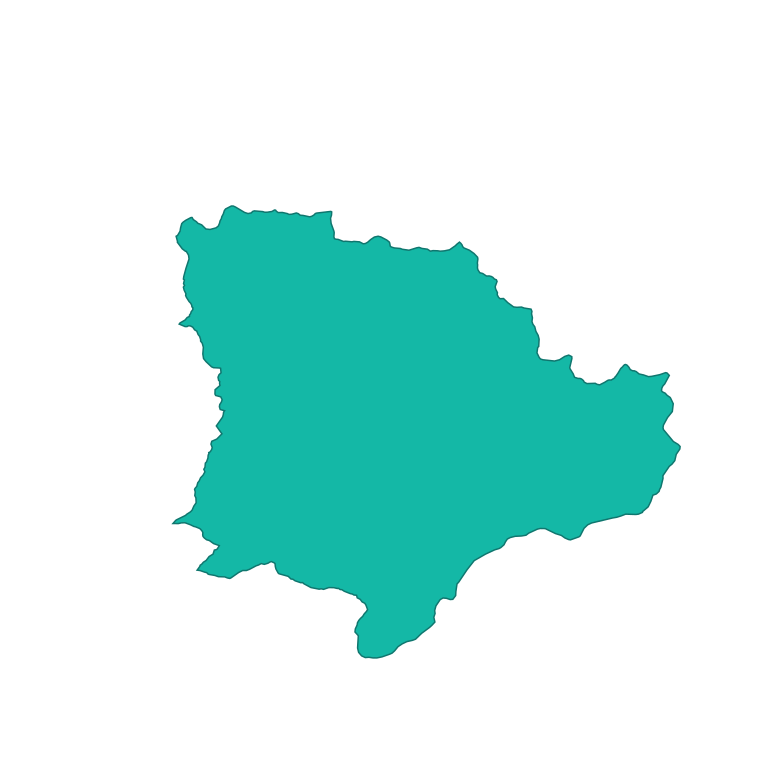 Laya, Gasa, Bhutan (Equal Earth projection), rotated 61°
{"feature_id": "84629894B6989657948479", "entity_name": "Laya", "entity_type": "district", "adm_level": 2, "iso_a3": "BTN", "parent_name": "Bhutan", "parent_adm1": "Gasa", "projection": "equal_earth", "projection_center": [89.7, 28.07], "detail": "fine", "context": "isolated", "style": "filled", "palette": "teal", "viewbox_px": 768, "rotation_deg": 61, "n_neighbors": 0, "source": "geoboundaries", "source_scale": "gbopen_adm2", "svg_char_len": 6170}
<svg xmlns="http://www.w3.org/2000/svg" viewBox="0 0 768 768"><g transform="rotate(61 384 384)"><path d="M456.2,637.7L458.0,635.3L461.8,631.9L463.0,630.5L464.8,630.1L465.7,629.4L469.5,624.7L472.2,622.3L475.5,616.8L477.7,615.0L479.3,613.1L479.4,611.8L478.4,602.5L478.6,598.0L480.4,594.8L480.9,591.4L481.0,584.1L481.5,581.4L481.5,578.5L483.7,576.1L484.5,572.4L484.4,570.0L484.8,568.5L487.4,566.6L488.3,566.4L491.1,567.6L493.5,568.2L498.1,568.2L499.1,567.8L505.8,561.0L509.5,559.9L510.5,558.4L513.0,557.2L517.5,553.1L518.2,551.5L519.9,550.9L526.6,546.6L532.0,540.2L532.7,538.2L534.3,536.4L535.3,530.9L537.9,526.5L540.1,524.1L540.8,522.8L542.5,522.0L543.5,520.5L545.9,519.3L551.0,515.1L552.5,513.4L553.9,512.7L555.5,510.4L558.0,511.1L560.8,509.2L563.9,508.8L566.5,507.1L568.7,507.0L573.3,507.7L574.4,509.6L575.5,512.8L576.9,515.3L577.6,518.2L578.5,520.6L579.9,522.9L581.8,524.4L584.3,527.8L586.8,529.6L591.7,528.5L602.1,535.1L606.4,536.3L610.9,535.4L614.2,533.0L615.7,529.7L618.1,526.6L620.1,523.1L621.7,518.0L623.1,509.9L623.3,507.3L622.5,504.0L620.5,499.0L620.1,494.1L620.4,488.9L622.0,483.4L622.5,480.1L620.3,472.0L619.0,462.2L618.3,459.2L616.9,454.9L612.1,453.5L609.5,450.6L606.7,449.5L603.2,446.1L599.8,439.4L599.8,436.1L601.7,433.3L604.6,430.6L605.7,428.2L603.8,423.9L600.3,421.7L594.3,417.1L593.5,414.7L586.7,401.4L582.2,390.7L582.0,377.7L582.7,367.6L583.7,363.1L583.7,361.1L582.8,357.0L581.0,354.4L579.4,351.3L579.5,348.0L580.8,343.1L583.6,337.4L585.1,333.1L584.6,329.8L585.3,320.2L586.1,317.4L588.6,313.1L598.0,306.5L602.4,302.3L606.4,300.4L609.5,298.0L610.7,296.5L612.2,287.6L612.0,286.1L607.2,279.0L605.9,274.1L606.2,269.8L612.0,249.0L613.4,245.0L614.3,240.7L615.0,235.7L620.2,227.0L621.2,224.5L621.6,220.2L621.0,219.9L619.5,212.5L616.0,207.5L611.6,202.7L612.2,199.1L611.3,195.5L609.8,194.0L608.5,191.9L601.9,185.8L599.4,184.5L594.3,174.4L593.7,170.9L592.0,166.8L587.2,162.5L584.3,156.8L582.2,155.3L579.5,156.0L574.6,158.8L559.3,161.7L557.4,161.1L555.4,159.5L550.8,152.3L547.9,145.2L541.5,140.6L535.2,140.2L534.4,140.3L531.1,141.9L528.4,142.5L525.7,144.4L524.3,144.5L522.2,142.9L520.9,141.0L520.0,138.4L514.8,130.3L511.6,131.1L510.6,132.2L509.5,138.4L507.1,146.1L505.8,149.1L501.9,152.6L498.9,156.0L495.4,157.4L493.9,158.6L492.9,160.2L491.6,161.1L490.8,161.6L487.9,161.7L485.3,162.3L484.1,163.2L483.8,164.1L484.0,165.5L484.6,166.8L485.2,169.4L487.9,174.0L489.6,177.4L489.8,178.4L490.5,179.4L490.7,183.3L489.6,185.2L489.3,186.6L489.5,190.2L489.3,195.8L487.5,197.9L485.8,198.9L482.0,206.3L479.4,208.0L477.7,207.9L475.4,208.8L474.1,209.9L473.2,211.6L470.5,214.1L466.8,213.6L460.9,213.9L459.7,213.6L452.8,207.3L451.1,206.5L448.3,208.4L447.5,212.5L447.9,218.7L446.6,223.7L439.9,233.2L438.0,235.0L436.1,235.4L430.9,235.1L426.6,231.9L426.2,230.5L420.0,226.6L416.2,225.6L411.5,225.6L407.1,224.4L403.9,224.8L401.1,224.3L398.1,222.1L394.1,220.9L392.2,219.4L389.8,219.1L385.5,224.6L383.4,226.4L381.3,230.7L379.4,233.3L372.9,236.3L367.2,238.0L365.7,241.1L363.8,241.8L360.8,241.7L359.1,240.5L355.1,240.3L352.8,239.6L349.1,235.4L347.3,235.2L345.8,236.5L343.5,237.1L342.0,238.0L340.5,239.6L339.3,242.0L335.2,244.1L333.1,246.3L329.6,246.5L327.8,246.0L325.1,244.3L323.6,243.8L320.2,241.3L318.5,240.7L313.5,242.0L308.3,244.5L303.8,248.1L301.9,248.6L300.4,248.3L298.2,248.6L296.5,249.2L297.2,253.3L297.6,254.0L298.4,261.6L296.8,266.7L295.1,270.4L293.5,272.5L291.1,276.5L290.3,279.0L287.1,280.7L283.8,285.1L281.5,287.1L280.7,289.5L279.1,297.3L275.0,302.7L273.4,304.0L270.0,309.0L267.7,311.2L266.5,311.7L263.2,310.6L262.2,310.6L259.4,311.8L253.9,315.4L251.9,317.5L250.8,321.2L251.2,325.6L252.1,329.6L252.1,332.2L251.3,334.2L247.8,336.5L244.7,341.2L244.1,343.1L240.5,348.4L239.7,350.3L235.2,354.1L234.2,355.7L232.9,356.9L231.0,356.5L227.5,354.2L226.0,353.7L217.9,352.4L213.1,350.4L210.8,348.0L208.1,346.3L207.3,346.8L201.9,359.9L201.6,361.4L202.2,363.3L202.3,365.7L201.8,367.9L197.3,373.1L195.8,375.4L193.4,376.4L191.9,377.8L190.8,382.3L189.6,384.9L188.1,385.9L184.8,389.6L182.7,393.5L180.7,394.4L179.4,394.5L178.7,395.5L178.8,398.3L177.2,402.7L176.0,405.0L174.4,406.5L169.7,413.5L169.4,415.3L170.0,417.1L169.0,420.3L166.3,422.8L157.2,428.1L155.2,429.6L154.3,431.3L154.1,437.7L154.9,439.5L157.5,442.3L159.0,444.7L160.6,446.2L161.8,448.2L163.7,450.0L165.5,452.3L166.0,455.2L164.5,461.2L162.1,464.6L156.4,466.3L153.0,469.0L151.3,469.3L147.7,471.1L145.4,471.1L144.9,471.9L144.8,472.7L144.7,478.1L145.1,481.5L145.7,483.2L148.9,486.3L151.5,488.3L154.0,492.6L154.0,494.2L159.2,495.5L159.8,496.0L160.7,495.9L168.0,494.9L171.7,493.3L172.2,492.6L176.5,492.5L180.1,493.9L187.0,501.3L192.8,506.9L195.0,508.6L196.2,508.1L199.1,510.7L201.0,510.6L202.0,512.5L205.1,513.3L209.1,513.5L210.4,514.6L212.4,514.8L217.4,514.5L219.7,513.9L221.9,514.0L223.4,514.6L224.6,514.2L226.3,515.2L227.3,517.6L228.6,518.9L229.5,520.8L230.6,521.4L230.4,523.9L231.6,527.0L231.7,532.8L232.3,534.1L237.4,530.1L238.3,528.4L238.3,526.8L239.3,525.2L241.6,523.7L244.8,523.4L247.0,522.1L250.6,522.6L252.9,522.2L256.1,522.8L257.6,523.6L260.2,523.2L264.3,524.2L269.9,527.9L274.3,529.5L278.2,528.8L285.4,526.5L287.1,525.2L290.2,520.2L291.0,519.3L295.2,521.1L295.9,523.8L297.6,525.9L300.7,526.9L302.1,526.4L303.9,527.6L305.8,528.2L307.1,534.5L310.8,536.7L312.4,536.8L316.1,533.0L319.3,533.2L321.0,535.1L322.3,537.6L324.1,539.0L326.9,539.6L330.1,536.4L330.9,538.0L333.1,539.6L334.7,541.3L339.4,551.0L349.0,549.9L351.1,557.0L350.6,562.4L352.7,564.5L356.2,565.0L357.7,566.4L358.7,568.2L359.2,569.7L359.0,570.5L359.9,570.8L361.0,572.3L363.4,573.9L366.1,577.0L366.6,578.6L370.1,581.0L371.2,582.9L374.0,583.2L376.1,586.6L377.1,589.9L379.1,592.5L380.1,594.8L382.8,597.4L383.7,599.9L384.4,600.8L386.9,601.4L389.9,603.6L392.4,603.7L396.8,605.9L398.6,609.5L401.3,613.0L402.0,615.3L402.3,619.9L402.7,621.2L402.2,631.3L402.3,632.3L403.7,636.2L406.4,631.5L407.2,628.6L408.9,625.3L413.2,621.6L416.5,619.3L417.3,618.3L420.7,615.5L421.9,614.9L424.6,614.4L426.2,614.5L428.0,615.7L429.6,616.2L431.6,615.8L434.2,614.7L436.3,612.6L441.0,610.4L445.5,606.4L447.5,609.9L447.5,611.2L447.0,612.9L449.9,616.0L450.1,620.6L452.1,625.1L452.3,628.4L453.2,630.7L453.4,632.7L454.3,633.6L456.2,637.7Z" fill="#14b8a6" stroke="#0f766e" stroke-width="1.5"/></g></svg>